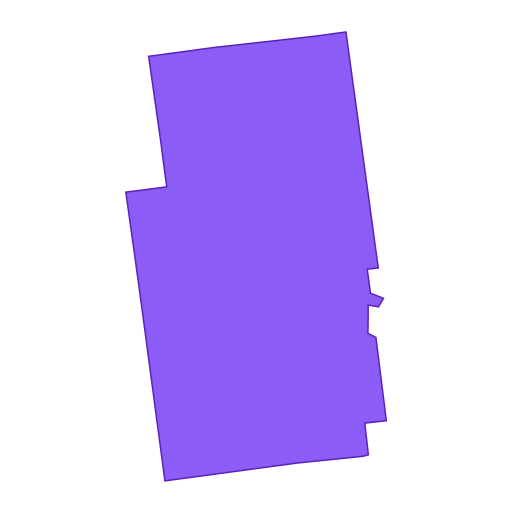 outline of Ogle, Illinois, United States of America, rotated 263°
{"feature_id": "52423323B31657722405352", "entity_name": "Ogle", "entity_type": "district", "adm_level": 2, "iso_a3": "USA", "parent_name": "United States of America", "parent_adm1": "Illinois", "projection": "albers", "projection_center": [-89.343, 42.045], "detail": "fine", "context": "isolated", "style": "filled", "palette": "violet", "viewbox_px": 512, "rotation_deg": 263, "n_neighbors": 0, "source": "geoboundaries", "source_scale": "gbopen_adm2", "svg_char_len": 453}
<svg xmlns="http://www.w3.org/2000/svg" viewBox="0 0 512 512"><g transform="rotate(263 256 256)"><path d="M467.4,372.6L467.0,339.3L468.1,240.4L467.3,173.8L381.3,175.4L335.5,175.8L335.3,134.6L242.5,136.1L209.1,136.5L43.9,138.2L45.5,270.5L44.2,337.8L44.9,343.3L76.9,343.6L76.6,365.3L160.6,365.1L165.6,357.7L193.6,361.4L190.6,371.4L198.5,377.4L205.1,365.1L229.3,364.8L229.2,375.9L467.4,372.6Z" fill="#8b5cf6" stroke="#5b21b6" stroke-width="1.5"/></g></svg>